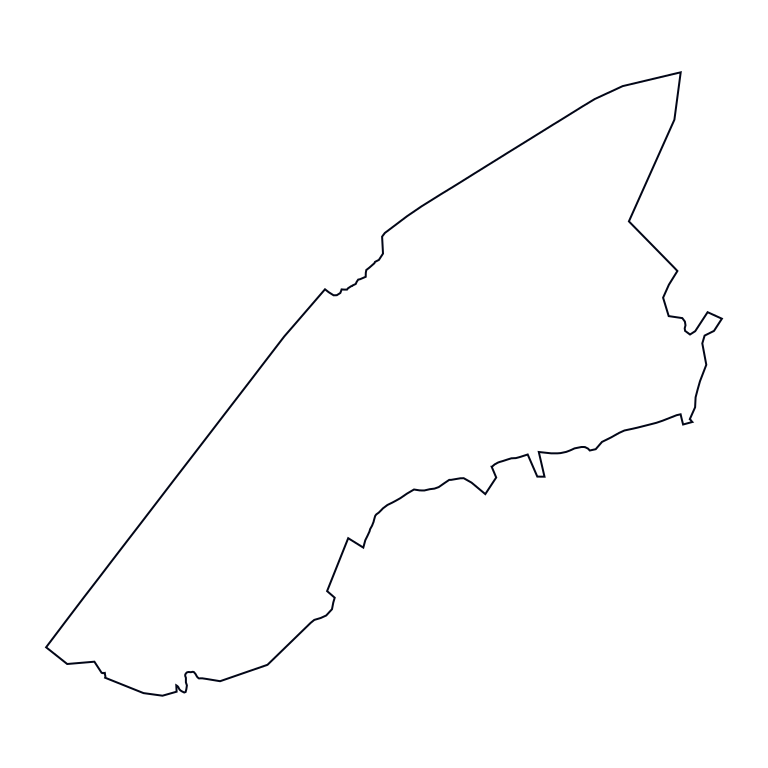 Machina, Yobe, Nigeria
{"feature_id": "59680162B29257457515537", "entity_name": "Machina", "entity_type": "district", "adm_level": 2, "iso_a3": "NGA", "parent_name": "Nigeria", "parent_adm1": "Yobe", "projection": "robinson", "projection_center": [10.011, 13.038], "detail": "fine", "context": "isolated", "style": "outline", "palette": "ink", "viewbox_px": 768, "rotation_deg": 0, "n_neighbors": 0, "source": "geoboundaries", "source_scale": "gbopen_adm2", "svg_char_len": 3214}
<svg xmlns="http://www.w3.org/2000/svg" viewBox="0 0 768 768"><path d="M162.5,695.7L176.6,691.7L176.3,685.4L177.4,686.1L178.3,687.1L178.8,688.2L179.4,689.3L180.3,690.3L180.9,690.7L181.8,691.3L184.2,692.5L185.6,692.0L186.3,689.4L186.4,688.8L186.9,685.4L185.9,682.4L185.9,680.4L185.9,677.8L185.2,675.9L185.3,674.4L186.2,673.1L187.1,672.3L188.6,672.0L190.9,672.2L192.8,671.8L193.9,672.1L195.6,674.1L196.6,676.0L197.5,677.3L198.9,678.4L202.1,678.3L206.8,679.0L220.1,681.2L267.5,664.8L310.6,622.9L314.3,619.9L320.7,618.0L326.2,615.5L332.0,609.2L333.3,602.5L334.7,597.7L327.1,591.1L348.2,538.2L363.3,547.6L365.3,540.2L367.3,536.2L369.3,531.9L369.5,531.5L369.5,531.4L369.6,531.1L369.7,530.8L369.7,530.7L369.8,530.3L370.2,529.0L372.1,525.6L373.3,522.5L373.4,522.3L373.5,522.1L373.6,521.7L373.7,521.4L373.8,520.8L374.8,517.2L375.3,515.7L376.3,514.4L378.8,512.6L379.0,512.4L379.2,512.2L379.3,512.1L379.5,511.9L381.6,509.8L382.9,508.4L387.4,505.0L392.3,502.6L395.5,500.9L398.0,499.5L400.3,498.2L407.0,493.6L414.0,489.5L419.7,490.4L424.2,490.5L430.2,489.1L430.5,489.1L434.5,488.6L438.7,487.1L444.3,483.2L449.2,479.9L449.3,479.9L450.9,479.9L460.3,478.3L463.7,478.2L471.5,482.6L485.3,494.1L496.2,477.5L491.7,466.8L491.8,466.8L492.0,466.6L492.3,466.4L494.8,464.3L496.2,463.6L496.5,463.4L497.7,462.7L499.5,462.0L502.6,461.1L505.4,460.2L507.5,459.5L511.4,458.3L515.8,458.1L518.9,457.3L520.6,456.8L527.7,454.5L537.3,476.6L544.5,476.7L538.8,452.0L550.9,453.3L556.9,453.3L557.8,453.3L560.5,453.1L566.2,451.9L570.2,450.4L570.5,450.2L571.1,450.0L574.5,448.4L581.4,447.0L583.3,447.0L583.5,447.0L583.8,447.0L584.0,447.0L584.3,447.0L584.5,447.1L584.8,447.1L585.0,447.2L585.3,447.2L585.4,447.3L588.0,448.6L589.8,450.5L595.7,449.2L602.0,441.9L611.3,437.3L612.0,436.9L617.3,433.9L617.8,433.7L619.1,432.9L624.4,430.5L632.8,428.7L637.6,427.6L651.0,424.2L656.4,422.8L662.6,420.7L676.6,415.2L680.6,414.3L682.0,420.2L683.1,424.5L692.3,422.0L692.1,421.8L691.6,421.2L691.1,420.6L690.8,420.1L689.8,419.2L695.1,407.3L695.6,397.3L697.7,389.3L700.0,381.2L706.3,364.8L702.3,343.4L704.6,335.6L714.0,330.9L721.9,318.7L707.6,312.2L695.2,331.2L690.0,334.5L685.1,330.9L684.7,328.3L685.5,325.3L684.9,321.6L682.3,318.1L668.7,316.1L663.1,297.7L668.9,284.7L677.4,271.0L674.2,267.6L628.9,221.4L674.4,119.7L680.7,72.3L622.7,86.1L594.8,99.0L582.7,106.3L558.9,121.1L552.8,124.8L535.3,135.7L508.0,152.6L486.8,165.8L474.1,173.7L457.0,184.4L440.8,194.3L421.6,206.3L407.2,216.1L384.8,233.0L382.1,236.6L383.0,253.6L378.9,259.9L375.0,261.9L374.4,263.2L369.4,267.6L366.3,270.0L365.8,272.8L365.7,276.8L360.1,279.2L358.2,279.6L356.7,281.8L355.7,284.0L352.5,285.5L352.3,285.9L351.2,286.2L348.0,288.3L347.0,289.6L344.1,289.6L341.6,289.4L341.2,290.7L340.3,293.0L336.8,295.2L333.6,295.3L328.7,292.2L325.0,289.3L306.8,310.4L295.5,323.5L284.3,336.4L280.3,341.6L260.2,367.8L250.2,380.9L224.1,414.8L211.3,431.5L192.7,455.7L173.5,480.6L158.8,499.8L138.1,526.8L128.3,539.5L111.4,561.5L101.8,574.1L94.2,584.0L84.4,596.7L64.9,622.4L46.1,647.3L67.2,664.0L94.4,661.7L101.6,672.8L102.1,672.9L102.5,673.1L103.1,672.9L103.7,673.2L104.8,672.9L104.9,673.4L105.0,674.6L105.3,675.9L105.4,677.0L105.1,677.7L107.8,678.8L143.5,693.1L162.5,695.7Z" fill="none" stroke="#020617" stroke-width="2"/></svg>